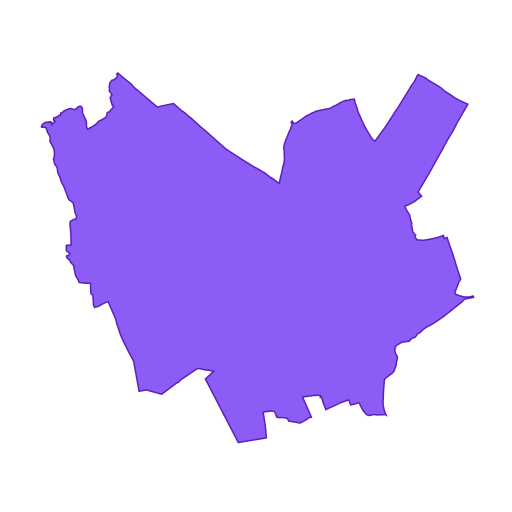 the district of Dragomiresti, Neamt, Romania, rotated 2°
{"feature_id": "2599482B54225851874210", "entity_name": "Dragomiresti", "entity_type": "district", "adm_level": 2, "iso_a3": "ROU", "parent_name": "Romania", "parent_adm1": "Neamt", "projection": "albers", "projection_center": [26.579, 47.028], "detail": "fine", "context": "isolated", "style": "filled", "palette": "violet", "viewbox_px": 512, "rotation_deg": 2, "n_neighbors": 0, "source": "geoboundaries", "source_scale": "gbopen_adm2", "svg_char_len": 5939}
<svg xmlns="http://www.w3.org/2000/svg" viewBox="0 0 512 512"><g transform="rotate(2 256 256)"><path d="M452.3,116.0L462.4,96.9L454.6,93.7L448.6,90.7L446.2,89.0L438.5,84.4L434.9,81.5L432.7,80.0L421.6,74.0L419.7,72.4L411.6,69.0L411.3,69.3L408.0,76.5L407.5,77.0L406.4,79.0L405.4,80.1L403.8,83.2L392.7,102.7L389.3,108.1L383.0,118.9L379.9,123.8L371.0,136.9L370.4,136.8L369.6,136.4L367.3,133.9L362.6,126.7L359.0,120.7L353.0,108.4L351.6,104.0L349.5,99.0L349.4,97.5L348.5,95.6L347.8,95.9L344.4,96.4L342.1,97.5L339.8,97.3L339.4,98.0L337.8,98.3L336.7,98.8L330.8,102.5L327.4,104.1L326.0,105.3L324.4,106.0L317.5,107.5L310.6,109.3L309.6,110.0L306.5,111.4L303.8,113.1L303.0,113.3L301.7,114.1L291.2,122.0L290.1,122.0L288.8,121.8L287.5,120.1L287.3,119.9L286.5,121.0L286.5,121.3L287.5,123.7L287.5,124.4L286.7,125.2L286.1,127.8L284.7,130.9L283.9,133.1L283.4,135.0L281.5,139.4L280.4,143.6L280.0,146.6L280.6,151.6L281.0,158.4L281.1,158.8L280.5,162.8L279.7,165.9L279.0,170.6L277.7,176.9L276.9,181.7L276.6,182.7L268.7,177.2L268.4,177.5L261.5,172.4L261.1,172.2L261.0,172.4L255.1,169.0L251.2,167.2L238.8,160.1L222.7,150.5L213.3,142.8L201.9,133.3L197.6,130.0L192.9,126.1L186.7,120.8L183.5,118.5L180.4,115.8L179.7,115.4L178.0,114.1L177.5,114.1L177.0,113.8L168.3,106.5L157.6,109.1L152.2,110.6L127.4,91.0L127.0,90.2L124.5,87.9L116.1,81.6L111.5,77.9L110.4,79.3L110.7,79.6L111.1,80.3L111.0,81.3L110.7,82.2L109.2,83.9L108.0,84.5L107.3,85.3L107.0,85.4L106.1,85.2L105.9,85.3L105.3,86.3L104.1,87.6L103.9,88.5L103.3,92.1L103.8,93.2L103.8,94.6L103.4,95.9L104.8,97.6L106.4,100.1L106.4,100.4L105.7,100.8L105.6,101.9L105.2,102.1L104.8,102.5L104.7,102.8L104.8,103.1L104.9,103.7L105.7,105.6L105.7,106.5L106.0,106.5L106.4,108.8L106.9,109.5L107.5,110.0L107.1,110.5L108.0,111.2L108.5,111.7L108.2,112.4L106.7,114.0L104.3,117.1L102.9,117.5L102.3,117.9L102.2,119.5L101.9,120.2L102.0,120.7L101.5,121.6L101.3,122.3L100.9,122.9L100.6,122.9L99.8,123.7L98.5,124.3L95.7,126.1L94.5,126.6L93.4,127.5L92.3,129.0L91.0,130.4L90.3,130.5L89.8,131.3L88.0,132.3L86.9,133.2L85.5,133.6L85.7,134.0L83.4,135.2L82.7,133.9L81.9,131.9L82.0,130.4L81.9,128.8L81.3,126.1L80.5,124.5L80.2,124.2L79.1,122.0L78.5,120.6L77.7,119.5L77.4,114.9L76.8,113.5L75.9,112.6L74.7,112.5L73.5,112.8L73.1,113.1L72.7,113.8L72.1,114.0L70.2,115.9L69.7,116.0L68.6,115.7L67.2,115.6L65.7,115.0L64.7,115.3L63.9,115.4L62.3,116.3L61.0,116.7L60.3,117.3L59.9,117.5L59.4,117.3L58.7,118.0L57.8,119.2L57.3,119.4L56.6,119.4L55.8,120.2L55.9,120.9L55.9,122.0L54.3,122.2L53.9,122.6L52.8,124.1L51.7,123.9L51.5,124.2L50.1,124.8L49.9,125.1L49.1,125.1L48.9,126.0L48.9,126.9L49.3,127.5L49.7,127.3L50.0,127.3L50.4,127.7L50.4,128.3L49.8,128.9L49.7,129.7L49.5,129.9L48.8,130.0L47.9,130.7L47.8,131.3L47.5,131.8L47.1,131.1L46.7,129.4L45.5,128.9L45.2,129.0L45.4,129.6L45.1,129.7L44.2,129.7L44.1,129.4L41.8,129.6L40.7,129.9L38.8,131.1L37.8,132.2L37.1,133.8L37.1,134.6L41.5,135.0L42.8,137.9L43.0,139.1L45.6,143.2L46.2,145.0L46.2,146.3L45.9,147.9L46.6,149.7L47.1,150.5L47.8,151.4L48.3,152.5L49.9,155.3L50.7,157.9L50.9,159.2L51.0,162.6L50.9,164.4L50.2,165.8L50.2,166.4L51.0,168.7L51.3,170.5L51.8,171.5L53.8,173.9L54.3,175.2L54.7,178.1L55.5,181.0L57.0,183.5L59.1,189.2L61.4,193.0L66.8,205.9L67.1,206.2L71.4,209.3L73.5,217.9L73.5,218.5L74.5,220.7L75.4,222.6L75.2,223.6L74.4,225.3L71.7,226.2L69.4,227.8L69.0,228.7L68.9,229.8L70.3,241.5L70.8,251.4L66.1,252.0L66.2,257.2L69.0,259.5L70.0,260.0L68.8,261.9L66.9,262.3L66.7,263.1L67.0,264.2L70.0,266.9L71.2,269.0L74.3,272.2L74.4,273.5L76.3,281.6L79.5,286.8L80.2,288.6L86.7,289.2L91.3,288.9L91.7,291.1L91.9,295.8L92.2,298.5L92.5,299.4L92.8,299.9L94.4,300.9L95.3,310.9L96.5,313.0L99.1,312.2L100.7,311.5L105.9,308.4L109.8,306.7L118.2,324.5L119.3,329.0L120.9,332.5L121.0,333.2L123.1,338.9L125.3,343.7L130.8,354.0L137.4,365.5L143.9,395.3L149.7,394.0L151.5,393.8L166.6,397.4L181.6,385.3L182.5,385.2L185.5,382.1L200.5,371.1L202.7,370.4L204.2,370.6L209.9,371.7L212.8,371.8L217.7,372.7L209.7,380.7L244.8,443.0L272.7,437.4L271.6,427.8L268.7,412.1L270.3,411.3L273.7,410.9L276.2,410.4L279.1,410.5L280.3,411.3L282.4,416.4L285.6,416.8L287.3,416.5L291.5,416.8L293.2,417.5L294.5,419.9L301.9,420.7L303.3,421.1L305.9,421.4L312.5,417.6L313.5,416.4L314.8,415.7L317.0,415.2L307.5,395.3L318.3,393.4L325.1,392.9L325.2,395.1L326.4,394.7L328.2,400.3L330.7,405.8L331.0,407.1L343.3,400.9L345.3,399.8L353.8,396.5L355.7,401.5L359.7,400.5L364.1,399.0L368.1,406.3L370.7,409.4L372.2,410.6L373.7,411.4L375.2,411.3L379.3,410.3L382.3,410.6L387.5,410.3L390.8,410.0L391.6,410.4L390.4,408.0L389.2,404.6L388.2,400.3L388.1,397.2L388.2,391.4L388.1,387.5L388.6,376.2L389.3,374.1L389.8,373.5L394.1,370.0L395.8,368.7L396.8,367.7L397.9,366.2L398.4,365.1L399.0,362.8L399.8,360.7L399.5,360.6L400.0,358.7L400.1,357.4L400.9,353.2L400.9,352.4L400.6,351.5L400.2,350.7L398.8,348.4L398.0,345.8L398.0,344.9L398.4,342.2L399.4,340.9L399.7,340.3L403.4,337.9L404.6,337.3L405.5,336.9L411.6,336.0L412.5,335.4L413.5,334.0L414.9,332.7L417.6,331.8L419.6,329.4L419.8,328.4L421.0,327.5L421.9,327.3L424.0,325.4L424.2,324.9L427.5,322.1L431.4,319.7L432.3,319.4L432.5,319.1L434.7,317.8L442.1,312.5L445.7,309.8L463.4,294.7L464.8,293.0L465.9,292.0L467.0,291.5L474.7,289.8L474.9,289.5L474.8,288.9L474.2,288.4L472.5,289.0L469.2,289.7L464.8,289.6L463.4,289.1L461.3,288.8L459.9,288.2L458.1,287.8L457.1,287.2L455.9,285.9L458.2,279.1L459.7,274.8L459.9,274.1L460.6,273.6L461.4,271.8L457.5,261.5L455.8,256.7L455.0,254.0L453.0,248.4L452.9,248.0L447.7,234.7L446.4,230.9L443.7,232.0L442.5,228.9L440.6,229.8L434.5,231.9L424.8,234.1L422.3,234.5L418.2,234.3L416.4,234.3L416.5,234.0L415.0,232.6L414.2,231.3L414.2,230.8L414.8,230.0L414.8,229.8L412.4,227.1L411.8,226.1L411.2,223.5L411.1,222.7L410.4,220.1L410.5,218.7L410.4,217.4L409.1,214.0L408.2,209.8L404.3,204.0L403.0,201.2L408.9,198.2L412.3,196.2L419.4,190.4L415.8,186.4L415.9,186.1L423.4,172.3L428.3,163.1L436.4,147.1L438.2,143.9L439.5,141.2L439.8,140.2L443.4,133.2L448.8,123.6L452.3,116.0Z" fill="#8b5cf6" stroke="#5b21b6" stroke-width="1.5"/></g></svg>